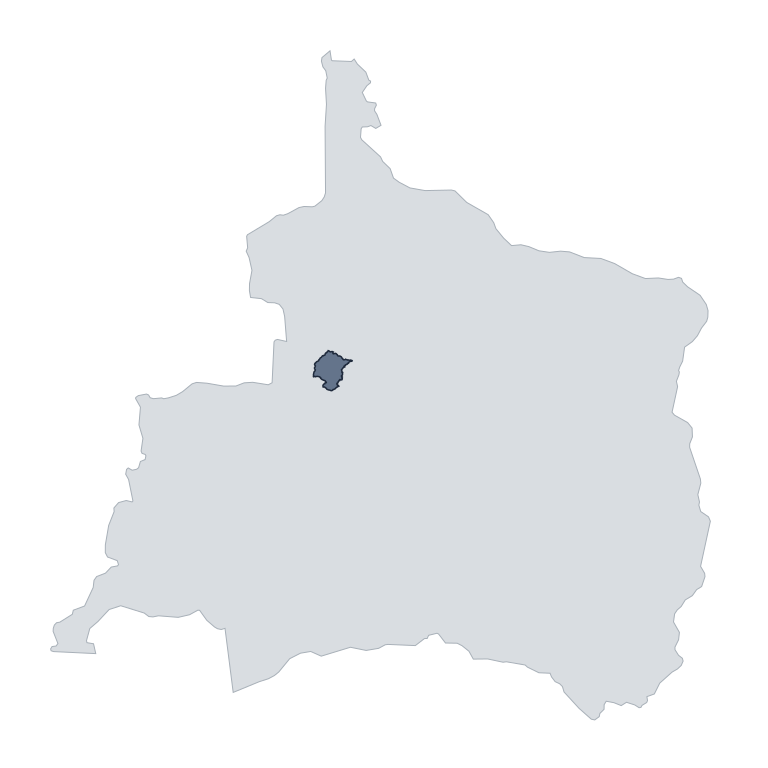 location of Luebo, Kasaï-Occidental, Democratic Republic of the Congo, rotated 91°
{"feature_id": "63176286B69668932062204", "entity_name": "Luebo", "entity_type": "district", "adm_level": 2, "iso_a3": "COD", "parent_name": "Democratic Republic of the Congo", "parent_adm1": "Kasaï-Occidental", "projection": "orthographic", "projection_center": [21.381, -5.592], "detail": "fine", "context": "in_parent", "style": "filled", "palette": "slate", "viewbox_px": 768, "rotation_deg": 91, "n_neighbors": 0, "source": "geoboundaries", "source_scale": "gbopen_adm2", "svg_char_len": 8352}
<svg xmlns="http://www.w3.org/2000/svg" viewBox="0 0 768 768"><g transform="rotate(91 384 384)"><path d="M695.0,529.4L631.1,538.7L632.3,542.4L631.6,546.2L629.9,549.2L623.3,557.1L613.5,564.4L613.4,566.2L618.1,574.4L620.9,585.7L619.7,605.5L620.9,610.9L620.6,615.1L617.2,619.7L610.3,643.4L614.3,654.9L626.5,665.9L633.6,673.9L645.8,677.0L647.8,676.5L648.8,669.9L658.6,667.5L657.3,709.8L656.5,712.2L654.7,712.7L652.3,711.3L651.7,707.3L649.2,705.5L637.1,710.5L634.1,710.4L630.8,709.4L628.4,707.2L627.8,704.0L619.7,691.6L615.6,690.7L611.2,679.5L592.5,671.2L585.3,670.5L581.5,667.9L578.0,659.2L571.8,653.5L570.5,647.2L569.2,646.3L565.3,647.6L561.8,657.4L557.5,659.7L549.7,659.8L530.2,656.8L516.3,651.6L512.7,651.9L507.2,647.3L505.0,639.7L506.3,633.8L505.3,633.0L483.9,637.7L478.7,640.7L473.9,639.9L472.4,638.3L474.6,634.3L473.6,629.9L472.0,627.9L465.7,626.2L463.7,621.5L459.9,620.8L458.6,621.5L457.6,624.7L455.3,625.7L442.5,624.1L429.2,628.3L411.4,627.1L402.9,632.1L401.7,631.9L399.9,629.4L398.2,621.3L399.1,619.2L401.8,617.6L402.7,614.3L401.8,606.0L402.6,604.0L401.6,599.2L399.0,591.5L395.2,585.3L387.2,575.9L385.7,571.5L386.3,561.0L388.9,544.3L388.6,532.0L385.3,523.9L384.6,515.3L386.8,499.7L384.7,495.9L343.8,494.7L342.1,493.5L341.3,491.3L343.2,482.1L318.3,484.5L310.8,486.3L306.2,490.1L304.7,494.8L304.6,501.6L300.8,508.0L299.8,518.9L292.9,520.2L286.0,520.2L272.7,518.0L259.9,521.1L253.6,524.1L250.2,522.7L238.7,523.9L237.1,523.1L223.7,501.6L217.7,494.5L216.6,491.0L217.0,487.6L215.4,483.2L209.1,472.1L207.9,467.0L208.1,458.9L207.4,456.2L201.7,449.3L198.0,447.0L194.0,445.8L127.4,447.4L105.4,446.4L89.4,447.6L81.3,447.1L79.1,446.1L71.8,447.7L68.0,450.6L62.3,452.2L58.7,451.7L51.8,443.8L61.1,442.2L61.7,441.4L62.1,422.2L59.6,419.5L64.6,416.2L72.5,407.6L80.4,404.5L81.4,402.7L83.1,402.8L86.0,406.3L92.9,410.8L101.3,406.6L102.2,405.5L103.2,397.2L105.3,396.5L108.9,398.2L111.0,398.2L114.6,395.8L125.4,391.5L128.6,396.7L125.8,401.6L127.1,404.9L127.4,410.2L129.2,411.3L137.8,411.8L140.2,410.5L157.0,391.4L161.5,389.2L168.6,381.6L178.0,378.1L182.1,372.2L187.5,361.5L189.9,346.3L188.9,320.0L189.7,316.4L201.0,304.5L212.9,282.8L220.8,277.1L226.8,274.8L236.1,266.9L243.4,258.9L242.4,249.5L244.1,241.6L248.1,231.5L249.5,220.9L248.1,209.8L248.7,200.7L254.1,186.1L254.7,169.4L259.6,155.4L269.4,137.7L274.0,124.5L273.2,111.5L274.5,101.9L274.1,96.3L272.2,91.4L273.2,88.4L276.9,87.1L281.5,82.2L289.8,69.5L298.8,63.2L305.0,61.3L311.5,61.4L315.7,62.5L322.5,67.5L330.3,71.5L336.2,76.4L341.9,84.1L355.9,85.8L361.8,88.6L365.4,89.7L366.8,88.9L369.7,89.3L376.2,91.7L381.5,90.4L407.2,95.5L410.1,93.0L417.3,79.7L422.7,75.2L431.5,74.7L438.4,77.3L442.0,77.3L473.5,66.0L477.6,65.5L489.1,68.3L496.5,66.5L499.6,67.1L506.0,65.1L511.2,57.2L515.5,55.3L560.8,64.3L567.7,60.1L571.0,59.7L581.0,62.9L584.1,67.8L590.2,72.0L594.6,79.0L601.3,83.0L604.7,86.8L608.7,89.4L616.9,90.4L627.2,84.3L634.6,85.0L642.0,88.5L644.6,88.4L650.1,84.8L653.0,80.9L655.8,80.1L660.2,81.9L663.8,85.6L667.0,90.9L678.3,103.1L689.2,108.3L692.0,115.7L695.9,115.0L697.9,115.8L700.8,120.4L702.8,121.4L703.2,123.3L700.5,127.7L698.0,136.0L701.4,141.2L698.6,148.6L697.3,156.3L700.8,158.3L705.4,158.3L709.6,162.4L712.8,163.0L716.2,167.4L715.5,170.9L704.9,183.3L688.8,198.6L683.4,200.3L680.6,203.2L678.6,207.7L673.9,211.4L670.3,212.9L670.0,224.1L664.6,235.6L662.5,238.0L659.6,256.8L660.1,260.1L657.1,275.5L657.5,289.9L649.7,294.4L644.3,301.4L641.9,306.3L641.9,318.0L633.0,325.1L632.3,326.7L634.5,335.0L637.7,336.4L637.8,339.1L645.0,348.1L644.3,375.5L644.7,378.2L648.4,384.8L650.7,397.2L647.8,413.0L657.2,442.0L652.7,452.6L654.6,462.8L660.3,473.5L673.8,484.2L677.4,488.5L680.7,494.4L683.8,503.5L695.0,529.4Z" fill="#d9dde1" stroke="#a8b0b8" stroke-width="1"/><path d="M379.2,425.8L378.8,426.2L378.7,426.3L378.2,426.2L377.8,425.7L377.7,425.7L377.4,426.0L377.3,426.3L377.2,426.6L376.6,426.7L376.4,426.6L376.2,426.1L375.5,425.6L375.4,425.6L375.1,425.8L374.6,425.7L374.4,425.6L374.0,425.7L373.8,425.8L373.6,425.7L373.4,425.5L373.2,425.5L373.1,426.0L373.0,426.3L372.8,426.3L372.7,426.1L372.2,426.2L371.8,426.4L371.6,426.4L371.3,426.6L371.0,426.6L370.8,426.5L370.6,426.5L370.3,426.7L370.0,426.4L369.6,425.9L369.2,425.6L368.7,425.4L368.4,425.0L368.2,424.8L368.0,424.4L367.9,424.2L367.5,424.4L367.3,424.4L367.2,424.3L367.0,424.0L367.1,423.7L366.8,423.8L366.6,423.9L366.4,423.5L366.3,423.2L366.2,423.0L365.7,423.0L365.6,422.9L365.5,422.5L365.3,422.3L365.1,421.5L365.0,421.4L364.9,421.2L364.6,420.9L364.3,421.0L364.2,420.9L363.9,420.6L363.8,420.4L363.9,420.0L363.8,419.8L363.7,419.7L363.1,419.7L362.8,419.3L362.6,419.2L362.4,418.9L362.2,418.6L362.1,418.4L361.9,417.8L362.0,417.5L361.9,417.3L361.8,416.8L361.8,416.6L361.7,416.4L361.3,416.2L361.1,416.4L361.0,416.7L360.9,416.8L360.8,417.3L360.6,418.1L360.8,418.6L360.8,418.9L360.8,419.5L360.5,420.3L360.7,420.8L360.5,421.0L360.4,421.4L360.3,421.5L360.3,422.2L360.0,422.7L359.9,422.8L360.2,423.1L360.3,423.6L360.5,424.0L360.5,424.8L360.4,424.9L360.3,425.2L360.1,425.3L360.0,425.5L359.8,425.5L359.2,425.8L358.9,426.4L358.7,426.6L358.3,426.7L357.8,427.0L357.4,427.4L357.3,427.6L357.1,428.1L356.8,428.5L356.7,428.7L356.8,429.0L356.8,430.2L356.8,430.4L356.2,430.9L355.6,431.1L355.4,431.6L355.2,431.7L355.0,431.8L354.6,432.2L354.3,432.7L354.2,432.9L354.3,433.2L354.4,433.4L354.3,433.7L354.5,434.4L354.7,435.0L354.5,435.5L354.1,435.6L353.8,435.7L353.7,435.6L353.2,435.5L353.0,435.4L353.0,435.6L352.6,435.8L352.4,436.5L352.5,436.8L352.6,437.1L352.6,437.4L352.7,437.5L352.8,438.0L352.8,438.3L352.7,438.6L352.2,439.1L351.8,439.7L351.6,440.4L351.9,440.5L352.3,440.8L352.5,440.8L353.0,441.3L353.1,441.7L353.7,441.9L353.7,442.1L353.9,442.3L353.9,442.5L354.0,442.8L354.3,442.9L354.5,443.2L354.8,443.3L355.7,443.4L355.8,443.5L356.2,443.7L356.3,444.1L356.3,444.3L356.6,444.8L356.8,445.0L356.6,445.3L356.9,445.8L356.9,446.0L357.2,446.3L357.6,446.5L358.0,446.8L358.3,447.0L358.6,447.3L358.8,447.8L359.1,448.2L359.4,448.4L360.1,448.7L360.8,449.4L361.0,449.6L361.5,449.6L361.9,449.8L362.1,450.1L362.3,450.6L362.5,450.8L362.6,451.1L362.7,451.4L362.9,451.7L363.0,451.8L363.5,452.3L363.9,452.7L364.0,452.7L364.2,452.9L364.3,452.9L364.4,453.2L364.6,453.2L364.8,453.5L365.2,453.6L365.5,453.8L366.3,453.4L366.6,453.4L366.9,453.0L367.1,452.9L367.2,453.0L367.6,453.1L367.8,453.2L368.4,453.3L369.0,453.8L369.5,453.7L369.8,453.7L370.0,453.7L371.0,452.9L371.5,453.1L371.9,453.2L372.2,453.3L372.3,453.4L372.5,453.6L372.8,453.9L373.0,454.1L373.4,454.2L373.8,454.3L374.2,454.4L375.3,454.6L375.8,454.7L376.0,454.7L376.4,454.7L376.7,454.6L376.9,454.6L377.1,454.6L377.4,454.7L377.7,454.7L377.8,454.7L378.0,454.6L377.8,453.8L377.6,453.5L377.9,452.9L377.7,452.8L377.7,452.7L377.8,452.5L377.8,452.4L377.8,452.2L377.6,451.5L377.6,451.4L377.5,450.9L377.7,449.8L377.8,449.0L377.9,448.9L378.0,448.5L378.3,448.3L378.4,447.9L378.8,447.7L378.9,447.4L379.0,447.4L379.1,447.6L379.4,447.5L379.5,447.4L379.7,447.1L380.1,446.8L380.4,446.3L380.6,446.1L380.7,445.4L380.9,445.2L381.0,445.1L381.2,444.9L381.2,444.6L381.3,444.4L381.4,444.1L381.4,443.9L381.6,443.5L381.6,443.2L381.8,442.9L382.0,442.8L382.2,442.7L382.4,442.6L382.5,442.4L382.8,442.2L383.0,442.0L383.2,441.8L383.3,441.7L383.5,441.7L383.7,441.8L383.8,442.0L383.7,442.5L383.8,442.7L383.9,442.8L384.1,443.1L384.4,443.2L384.7,443.2L384.7,443.3L384.8,443.6L385.0,444.0L385.8,444.5L386.2,445.0L386.5,445.0L386.8,445.0L387.2,445.0L387.6,444.9L387.8,444.9L388.1,444.8L388.1,444.6L388.1,444.3L388.0,443.8L388.1,443.3L388.2,443.2L388.4,442.9L388.7,442.5L388.8,442.5L389.1,441.9L389.7,441.4L390.2,441.1L390.4,440.8L390.7,439.9L391.0,439.0L391.0,438.8L391.0,438.5L391.2,437.7L391.5,437.1L391.6,436.7L391.5,435.9L391.3,435.6L391.0,435.3L390.9,435.2L390.8,434.9L390.7,434.8L390.4,434.7L390.3,434.0L390.0,433.6L389.8,432.9L389.5,432.7L389.0,432.1L388.6,431.9L388.1,431.4L388.0,431.2L387.9,430.7L387.5,430.3L387.5,430.1L387.2,429.9L387.0,429.4L387.0,429.2L386.4,429.4L386.3,429.5L386.2,429.6L386.1,429.8L386.2,430.1L386.2,430.4L386.1,430.5L385.8,430.6L385.6,430.5L385.3,430.9L385.2,431.0L384.7,431.0L384.2,431.1L384.0,430.9L384.0,430.7L384.0,430.4L383.8,430.2L383.6,430.1L383.0,430.0L382.8,429.8L382.4,429.8L382.1,429.4L381.7,429.3L381.6,429.2L381.5,428.8L381.4,428.5L381.1,428.6L380.7,428.6L380.5,428.4L380.3,428.2L380.4,427.7L380.7,427.2L380.6,426.6L380.6,426.3L380.5,426.1L380.3,426.0L380.1,426.2L379.9,426.1L379.4,425.8L379.2,425.8Z" fill="#64748b" stroke="#1e293b" stroke-width="1.5"/></g></svg>